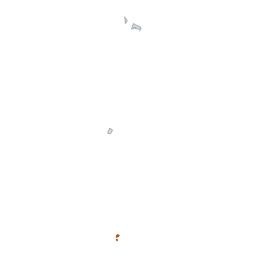 Niuatoputapu, Tonga shown in context, rotated 172°
{"feature_id": "48082658B65008751810266", "entity_name": "Niuatoputapu", "entity_type": "district", "adm_level": 2, "iso_a3": "TON", "parent_name": "Tonga", "parent_adm1": "", "projection": "natural_earth1", "projection_center": [-173.776, -15.91], "detail": "fine", "context": "in_parent", "style": "filled", "palette": "amber", "viewbox_px": 256, "rotation_deg": 172, "n_neighbors": 0, "source": "geoboundaries", "source_scale": "gbopen_adm2", "svg_char_len": 1204}
<svg xmlns="http://www.w3.org/2000/svg" viewBox="0 0 256 256"><g transform="rotate(172 128 128)"><path d="M107.8,226.9L108.2,226.9L108.8,225.8L110.5,225.4L110.3,226.6L108.0,230.6L106.4,229.1L102.0,226.5L101.2,224.5L102.6,223.0L102.5,224.2L103.2,224.7L105.7,225.0L107.9,226.0L106.5,226.4L107.8,226.9ZM147.7,127.7L146.4,130.1L145.8,130.0L144.3,128.7L143.8,127.8L146.0,125.0L147.2,124.8L148.7,125.7L148.6,126.5L147.7,127.7ZM116.0,232.1L115.8,238.0L114.2,235.3L114.0,234.0L115.7,232.2L116.0,232.1Z" fill="#d9dde1" stroke="#a8b0b8" stroke-width="1"/><path d="M153.7,23.2L153.8,23.1L153.9,22.9L154.0,22.8L154.1,22.7L154.3,22.5L154.4,22.4L154.5,22.2L154.4,21.8L154.4,21.7L154.2,21.6L154.1,21.9L154.0,22.0L153.9,22.1L153.7,22.2L153.4,22.2L153.3,22.3L153.2,22.3L152.9,22.3L152.8,22.5L152.7,22.7L152.8,22.7L152.8,22.8L152.9,23.0L152.7,23.1L152.8,23.1L152.7,23.2L152.8,23.3L153.0,23.5L153.3,23.6L153.5,23.5L153.6,23.4L153.7,23.2ZM154.5,18.1L154.4,18.1L154.2,18.2L154.3,18.2L154.3,18.3L154.3,18.5L154.3,18.8L154.5,19.0L154.7,18.9L154.8,18.9L154.8,18.7L154.7,18.4L154.6,18.2L154.5,18.1ZM152.7,22.5L152.7,22.4L152.8,22.4L152.7,22.3L152.5,22.5L152.7,22.5Z" fill="#f59e0b" stroke="#b45309" stroke-width="1.5"/></g></svg>